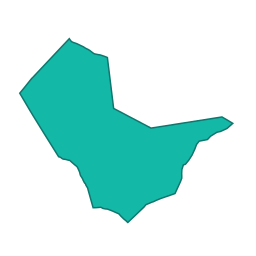 Invorgoil Estate, Anse-la-Raye, Saint Lucia (Natural Earth projection), rotated 355°
{"feature_id": "8701671B81496139383371", "entity_name": "Invorgoil Estate", "entity_type": "district", "adm_level": 2, "iso_a3": "LCA", "parent_name": "Saint Lucia", "parent_adm1": "Anse-la-Raye", "projection": "natural_earth1", "projection_center": [-61.036, 13.932], "detail": "fine", "context": "isolated", "style": "filled", "palette": "teal", "viewbox_px": 256, "rotation_deg": 355, "n_neighbors": 0, "source": "geoboundaries", "source_scale": "gbopen_adm2", "svg_char_len": 1931}
<svg xmlns="http://www.w3.org/2000/svg" viewBox="0 0 256 256"><g transform="rotate(355 128 128)"><path d="M77.3,33.9L37.0,69.8L36.5,70.1L28.5,78.5L23.2,83.9L31.6,101.5L34.8,108.0L44.2,126.7L56.4,150.6L56.7,150.6L56.9,150.7L57.3,150.9L57.8,151.2L58.1,151.3L58.9,151.9L59.2,152.3L60.0,152.9L60.6,153.3L61.4,153.5L62.0,153.6L62.8,153.8L63.3,153.9L64.8,154.5L65.3,154.7L65.7,154.8L66.0,154.9L66.5,155.0L66.9,155.1L67.3,155.3L67.6,155.7L67.9,156.0L68.2,156.3L68.9,157.1L69.2,157.4L71.4,159.7L72.5,160.8L73.0,161.2L73.3,161.5L73.5,161.7L73.9,162.2L74.3,163.0L74.6,163.8L74.8,164.4L74.9,164.6L75.1,165.4L75.5,166.3L75.7,167.1L75.8,167.3L76.0,168.1L76.1,168.8L76.2,169.6L76.3,169.8L76.3,170.2L76.5,171.0L76.6,171.4L76.9,171.9L77.4,172.8L77.9,173.8L78.1,174.2L78.5,175.1L78.6,175.7L78.9,176.5L79.1,177.0L79.3,177.3L79.5,178.0L79.8,178.7L80.1,179.2L80.4,179.3L80.6,179.7L80.8,180.1L80.9,180.4L81.0,181.0L81.4,182.0L81.7,182.5L81.8,182.9L81.9,183.0L82.0,183.2L82.4,183.6L86.3,204.4L89.5,204.6L94.1,204.6L96.0,205.9L98.2,206.6L100.5,207.0L105.6,209.5L109.5,211.7L111.4,212.7L113.4,215.4L115.9,218.3L118.2,220.5L118.4,220.9L119.6,222.1L137.0,208.2L137.4,207.8L139.1,206.0L140.0,205.7L145.6,203.9L146.7,203.7L147.3,203.5L149.6,202.6L154.4,201.1L167.5,197.8L169.1,197.4L174.4,188.1L175.7,185.8L177.2,182.7L177.4,180.3L177.5,178.1L178.1,173.9L178.4,173.3L178.6,172.8L180.0,169.5L181.6,169.3L182.4,168.8L185.7,165.4L189.5,160.5L192.8,154.7L194.9,150.3L197.8,147.3L202.8,146.8L206.2,146.4L209.5,143.4L216.2,140.0L219.9,139.5L226.6,137.1L232.8,132.5L222.6,125.2L150.9,130.1L115.8,107.5L115.4,107.3L113.6,56.0L113.3,55.8L110.9,54.6L108.6,53.6L106.7,52.8L104.7,52.3L102.3,51.6L100.8,51.1L99.8,50.3L98.9,49.5L97.8,48.5L96.8,47.5L95.0,46.2L94.7,46.0L94.5,45.9L94.1,45.7L92.5,44.7L90.6,43.2L88.2,41.8L84.5,39.6L83.0,38.9L81.8,38.4L81.5,38.3L81.0,38.0L80.6,37.8L79.2,37.0L77.8,34.8L77.3,33.9Z" fill="#14b8a6" stroke="#0f766e" stroke-width="1.5"/></g></svg>